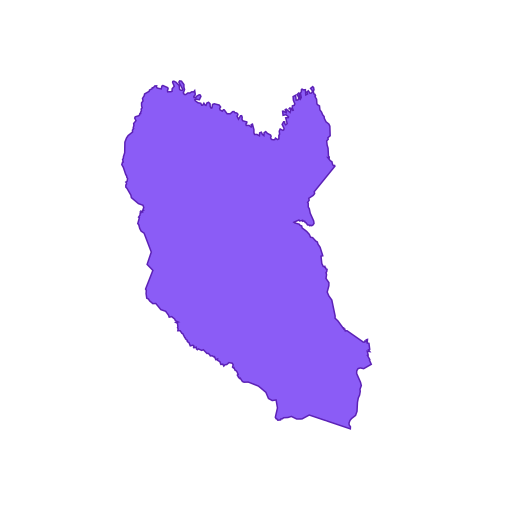 the district of Chatturat, Chaiyaphum, Thailand, rotated 338°
{"feature_id": "78962969B33448846047594", "entity_name": "Chatturat", "entity_type": "district", "adm_level": 2, "iso_a3": "THA", "parent_name": "Thailand", "parent_adm1": "Chaiyaphum", "projection": "equal_earth", "projection_center": [101.87, 15.566], "detail": "fine", "context": "isolated", "style": "filled", "palette": "violet", "viewbox_px": 512, "rotation_deg": 338, "n_neighbors": 0, "source": "geoboundaries", "source_scale": "gbopen_adm2", "svg_char_len": 6078}
<svg xmlns="http://www.w3.org/2000/svg" viewBox="0 0 512 512"><g transform="rotate(338 256 256)"><path d="M214.7,416.4L217.4,417.2L218.0,416.4L219.6,416.8L221.0,416.3L225.1,417.7L228.7,418.0L232.7,422.4L237.6,424.3L245.8,423.4L278.7,451.6L279.6,449.7L279.1,447.4L279.7,445.7L281.5,443.7L283.7,442.5L288.6,441.1L291.5,437.8L295.3,429.6L297.7,425.9L299.9,423.8L301.9,420.6L302.5,418.5L305.1,415.6L305.6,412.2L305.3,402.6L306.4,400.2L308.5,398.6L310.9,398.9L313.6,400.8L322.3,399.6L322.2,395.1L322.7,394.7L322.1,389.9L322.9,389.9L323.5,385.9L325.7,387.2L325.2,385.1L326.5,385.1L328.0,379.3L326.5,378.3L328.1,375.1L326.8,375.0L326.3,376.6L325.2,375.6L324.6,376.5L323.2,376.0L312.4,359.4L310.7,358.9L310.9,356.9L310.1,356.8L310.3,355.5L309.8,355.5L307.6,346.8L306.0,343.3L306.9,341.2L309.8,325.2L308.6,320.3L308.5,316.1L312.4,310.9L313.6,308.1L312.5,303.0L314.4,299.8L314.7,297.6L315.7,297.0L316.9,295.0L315.9,293.9L316.1,292.7L315.5,292.2L315.9,291.4L314.4,290.9L314.2,287.6L316.2,280.5L318.0,280.8L318.7,271.9L317.9,268.3L318.1,265.9L317.0,264.5L315.4,260.2L313.6,259.0L313.5,255.8L312.2,252.2L309.3,247.3L309.6,245.2L308.4,244.2L308.0,242.7L304.5,240.0L303.8,238.9L309.3,238.7L309.5,239.8L311.8,240.3L312.2,241.1L312.8,240.6L313.1,241.5L314.2,242.0L314.1,243.3L315.0,244.2L315.4,246.5L316.6,247.0L317.3,248.2L318.3,248.0L319.0,248.8L320.6,248.5L322.0,247.5L322.6,245.1L322.3,236.6L323.1,232.2L322.8,230.1L324.2,226.6L323.9,225.7L326.2,224.2L326.5,222.3L331.8,221.2L333.7,220.1L334.1,218.2L362.8,202.3L362.8,201.5L361.7,201.2L361.3,199.9L361.7,197.0L360.6,195.5L359.5,191.8L360.6,192.5L361.0,191.6L360.6,190.6L363.2,183.0L363.5,179.8L364.6,175.8L366.7,174.8L366.9,173.3L369.8,172.3L373.1,163.3L373.0,161.0L371.2,157.8L370.9,153.9L371.4,152.2L370.7,150.0L370.7,147.2L370.0,144.4L371.1,140.6L369.7,138.7L369.5,137.6L370.9,133.3L370.5,131.1L370.6,129.9L371.2,129.7L371.2,128.2L370.5,127.5L370.6,125.6L371.1,124.3L372.0,123.7L372.5,121.4L372.0,120.2L369.4,121.0L370.1,123.6L369.6,125.2L368.1,125.7L367.0,125.3L366.4,122.4L364.7,123.0L364.5,125.1L362.5,125.3L364.1,120.3L362.3,119.8L361.2,118.5L360.5,118.7L359.5,120.8L358.2,121.5L357.4,125.9L355.7,127.4L355.4,126.9L356.2,125.7L356.1,124.2L356.9,122.2L356.7,120.9L354.6,121.7L355.0,124.8L354.3,126.4L353.1,127.0L351.6,126.5L352.9,121.8L350.1,122.1L349.0,125.5L349.0,129.5L347.9,130.6L346.0,130.4L345.2,132.1L345.1,134.8L344.5,134.7L344.0,132.4L342.8,131.4L341.9,131.9L342.9,132.6L342.9,133.6L341.4,135.7L339.0,131.1L337.8,131.4L338.2,133.7L337.6,134.5L335.5,131.8L334.9,131.7L333.8,135.7L336.7,136.2L338.3,139.1L337.8,139.8L335.3,139.0L334.5,144.9L332.7,145.5L332.3,144.2L332.8,142.3L331.9,141.9L329.5,143.8L329.8,148.2L329.0,149.4L328.0,149.6L326.0,147.3L324.3,149.0L323.5,151.9L322.4,152.7L321.1,155.9L319.6,156.1L318.2,154.0L317.0,155.1L315.9,154.9L314.0,153.7L313.8,151.9L314.9,150.6L314.8,149.2L312.5,146.6L311.6,144.3L309.7,144.7L308.4,147.3L307.5,145.7L307.3,143.2L305.5,143.2L304.2,145.8L302.4,143.6L300.2,142.8L300.2,141.0L301.4,138.1L302.1,132.4L300.8,132.4L300.5,134.3L299.8,134.6L298.5,132.3L295.9,131.3L296.1,129.8L297.4,129.1L297.7,128.2L294.4,125.7L294.2,124.1L295.2,122.1L295.2,120.5L294.2,120.2L291.0,122.6L290.8,119.2L292.2,118.2L292.3,117.5L291.7,116.2L290.0,115.1L289.7,113.8L288.4,113.4L285.4,114.5L282.5,113.3L281.3,108.6L280.6,108.2L279.0,109.1L277.4,107.1L277.6,105.5L279.0,104.6L278.4,102.2L274.3,99.2L272.5,99.2L270.7,102.1L269.8,102.1L269.5,100.3L270.4,97.7L269.6,95.7L267.9,95.7L266.0,97.6L265.2,96.7L264.9,94.8L263.1,96.2L262.1,95.8L262.0,93.7L259.5,92.1L257.8,89.2L257.8,88.2L259.1,88.1L262.0,89.9L264.7,87.4L264.6,85.8L263.7,85.2L260.6,85.7L259.5,86.6L257.9,85.8L258.2,84.7L259.3,84.4L260.3,83.2L261.1,79.7L259.7,80.5L258.0,79.7L255.6,80.1L254.0,79.3L251.3,80.0L250.1,79.4L249.7,77.6L252.1,74.9L252.4,72.5L253.4,70.0L252.4,66.0L250.8,65.0L249.6,65.9L250.5,74.1L249.6,74.8L248.1,73.9L247.6,72.9L248.6,69.1L246.9,64.9L245.3,63.1L244.2,63.0L243.7,63.9L243.8,68.0L240.9,69.5L239.9,71.8L238.6,71.8L235.6,70.7L235.8,69.6L237.2,67.9L237.2,66.8L233.5,63.0L232.4,63.2L230.7,65.6L227.3,63.3L227.0,61.8L227.6,61.0L225.9,60.4L223.8,61.5L222.9,61.1L222.2,62.0L219.5,62.2L218.6,63.3L213.4,64.0L212.4,65.5L209.8,67.4L209.3,69.9L207.2,71.2L206.1,74.1L206.0,75.9L204.6,76.7L204.1,78.5L202.7,79.6L202.4,80.7L201.5,80.6L200.8,81.7L199.6,82.0L196.2,81.7L195.2,82.7L195.4,85.6L192.2,87.3L191.8,89.0L190.0,91.4L190.2,92.1L188.6,93.0L188.0,94.8L182.6,96.4L180.1,98.1L177.1,101.3L172.9,111.1L170.3,114.2L169.4,116.0L168.5,116.4L168.1,119.1L167.4,119.0L165.8,121.0L166.2,124.2L165.7,132.1L166.1,132.7L165.7,134.7L166.0,136.0L164.5,138.4L163.0,138.7L163.3,139.5L162.9,140.8L161.9,141.4L161.1,143.4L161.7,144.9L162.8,152.7L162.3,155.2L166.6,163.4L170.2,166.6L170.1,169.0L168.6,170.6L168.9,171.4L167.8,171.4L167.3,172.7L166.1,171.4L165.8,172.3L165.2,172.0L165.1,173.0L164.6,173.0L163.7,174.7L161.7,176.0L162.2,176.8L158.5,181.7L159.0,183.1L158.5,186.9L158.8,189.9L160.8,192.9L160.4,213.1L151.9,223.0L155.0,230.7L141.2,245.3L141.4,246.8L140.0,249.7L138.9,254.2L140.1,255.5L140.6,257.9L142.5,261.5L145.3,262.5L147.7,270.1L151.5,273.4L152.7,278.0L152.6,280.2L155.1,280.6L157.0,284.0L157.0,285.8L159.1,288.0L156.9,287.7L158.0,289.0L157.0,292.5L156.4,293.0L156.5,294.4L155.5,296.0L157.7,296.9L158.3,299.9L159.0,300.5L159.4,305.0L159.8,305.5L159.6,306.4L160.7,308.6L160.3,309.3L160.6,310.2L161.4,311.2L161.4,314.7L164.1,315.1L164.7,316.3L163.9,317.2L164.0,317.8L166.4,318.2L166.0,319.8L166.5,320.9L167.7,320.5L170.3,323.2L172.1,323.2L174.0,328.0L175.1,328.3L176.0,329.9L176.2,331.5L178.1,332.2L179.3,334.0L179.8,333.9L179.9,337.1L181.8,337.1L181.2,338.2L182.9,340.4L182.8,343.4L184.7,343.9L184.9,346.0L186.6,345.2L188.2,345.7L191.0,344.7L193.8,346.5L194.1,348.3L192.6,350.2L193.1,351.3L193.7,351.2L193.8,354.2L194.6,354.8L195.0,356.2L195.1,359.1L194.3,359.2L194.0,359.9L194.6,361.6L194.3,362.0L195.1,363.6L195.6,363.4L196.4,367.3L197.6,368.5L201.6,370.0L209.5,377.5L214.1,386.1L214.2,392.8L216.9,396.1L220.7,397.0L219.0,404.9L213.5,412.8L213.7,414.4L214.2,414.6L214.7,416.4Z" fill="#8b5cf6" stroke="#5b21b6" stroke-width="1.5"/></g></svg>